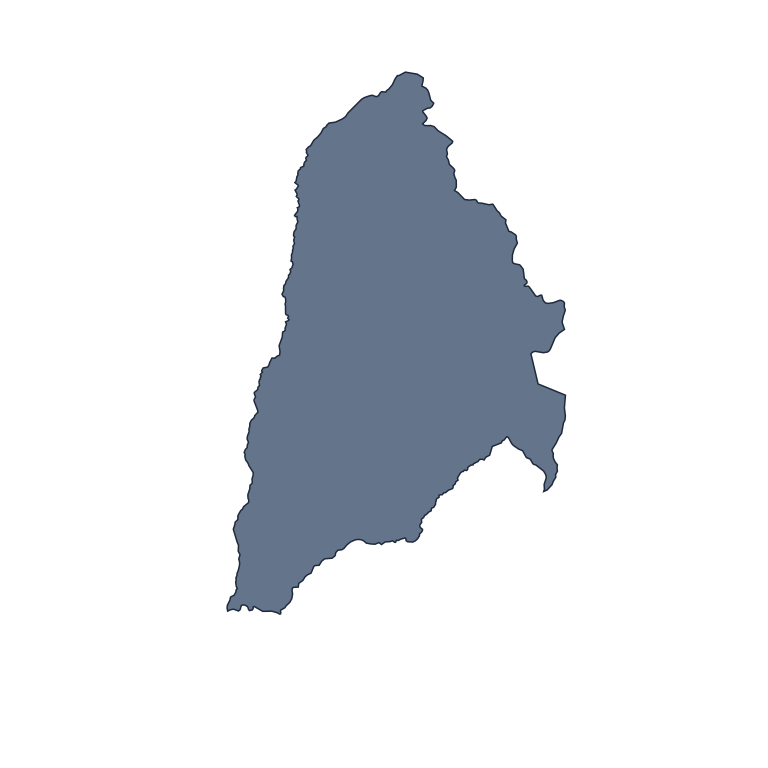 outline of Sucre, Ayacucho, Peru, rotated 214°
{"feature_id": "86281439B85523088523316", "entity_name": "Sucre", "entity_type": "district", "adm_level": 2, "iso_a3": "PER", "parent_name": "Peru", "parent_adm1": "Ayacucho", "projection": "albers", "projection_center": [-73.73, -14.09], "detail": "fine", "context": "isolated", "style": "filled", "palette": "slate", "viewbox_px": 768, "rotation_deg": 214, "n_neighbors": 0, "source": "geoboundaries", "source_scale": "gbopen_adm2", "svg_char_len": 6159}
<svg xmlns="http://www.w3.org/2000/svg" viewBox="0 0 768 768"><g transform="rotate(214 384 384)"><path d="M386.6,108.3L385.0,111.0L383.0,113.1L377.6,114.5L377.1,116.5L378.4,120.3L378.2,121.0L376.9,122.3L375.4,123.0L372.9,123.1L371.7,122.6L370.2,121.3L368.8,120.9L366.8,123.1L366.9,124.6L367.8,126.2L367.1,127.0L357.4,127.7L350.0,132.9L344.4,134.7L342.1,134.8L341.2,135.5L341.8,137.0L342.8,137.7L343.2,138.6L341.1,143.0L341.1,145.5L340.0,150.3L340.4,154.4L342.4,158.9L344.7,161.3L345.8,163.4L345.1,165.0L341.5,167.7L343.2,171.1L341.4,175.7L341.6,179.8L340.9,182.7L338.7,186.5L340.2,193.7L339.6,194.9L336.4,197.5L336.6,202.2L335.4,205.9L329.6,210.6L328.6,213.8L328.6,214.8L329.7,217.0L329.3,220.4L326.5,222.8L325.3,225.0L324.8,229.8L323.5,234.2L321.0,238.3L318.8,240.5L315.7,242.2L312.7,242.6L309.7,242.2L305.3,244.1L301.8,246.2L299.5,249.7L296.3,249.5L294.8,253.5L293.9,254.4L290.9,256.6L289.2,258.8L286.7,258.7L285.9,259.2L286.3,261.4L284.5,262.4L283.6,264.4L280.5,268.1L279.7,268.1L277.9,266.4L276.3,266.4L271.8,269.0L270.3,271.5L269.6,274.5L269.7,277.9L270.7,279.7L270.0,282.2L270.2,284.2L270.9,285.1L273.6,285.3L275.0,286.3L275.5,287.6L275.3,290.2L277.4,292.9L276.5,295.4L276.8,297.7L275.9,299.6L275.2,303.1L274.0,305.2L275.1,307.5L273.8,309.7L274.0,313.2L275.2,314.9L275.2,315.9L276.1,317.4L276.0,318.6L275.0,320.9L276.2,322.3L275.6,323.4L273.8,324.8L273.6,327.2L272.2,328.4L271.2,332.0L268.8,335.4L268.7,336.3L269.8,338.6L269.1,340.9L269.8,343.3L268.8,345.6L270.6,347.3L270.9,353.0L270.4,354.8L269.3,355.9L269.3,357.5L267.4,358.3L267.0,358.9L267.0,360.2L267.8,361.4L267.8,362.4L266.5,365.4L264.9,366.8L265.2,367.9L262.7,372.4L262.6,374.8L260.6,376.5L258.5,377.0L258.7,380.1L256.6,384.1L259.3,392.8L253.8,400.8L254.2,402.9L253.0,405.0L252.9,408.2L252.2,409.3L249.9,408.7L245.1,406.1L242.4,405.4L236.2,405.3L231.8,406.2L224.8,402.6L220.8,403.5L216.1,401.2L214.8,401.1L213.0,401.8L203.0,401.1L199.6,399.5L197.6,397.8L196.8,396.3L195.1,390.3L192.2,386.5L191.5,384.2L189.5,387.3L188.4,394.3L189.2,397.8L189.4,402.7L191.1,404.9L191.5,408.8L193.6,411.1L195.1,414.0L198.6,415.1L201.9,417.1L203.7,419.1L204.7,421.0L207.5,422.7L208.0,424.0L208.2,431.1L209.3,438.0L209.2,442.5L213.4,452.0L213.8,455.3L215.8,459.0L221.1,465.1L227.3,476.2L256.3,470.2L279.1,491.2L278.6,493.6L277.0,495.6L269.3,499.1L266.3,502.0L265.6,504.1L265.7,506.4L268.0,518.0L267.3,524.0L264.9,530.2L270.3,534.3L271.4,535.8L273.4,540.9L274.8,546.1L275.3,546.9L277.7,548.7L279.7,552.1L281.6,552.7L284.2,552.3L285.1,551.7L289.2,546.0L292.6,542.9L294.9,541.6L296.5,541.7L298.9,542.4L302.9,545.8L304.2,544.9L305.5,542.4L307.5,541.8L317.6,545.6L319.1,545.8L321.3,544.1L322.6,543.8L322.9,544.5L322.0,547.4L322.6,548.8L324.2,549.6L326.6,549.9L332.8,557.0L337.4,558.6L338.7,558.5L342.7,556.8L345.0,556.5L346.6,558.0L349.7,562.8L351.6,568.7L352.2,575.4L355.4,578.1L357.0,580.6L358.4,581.2L363.6,581.2L365.8,580.4L373.3,585.4L374.7,588.3L380.7,588.7L384.4,590.6L387.0,590.8L393.8,593.8L394.6,593.8L397.2,591.3L404.1,588.6L406.9,586.9L408.0,586.9L410.1,588.0L411.8,587.8L416.1,584.2L420.4,582.0L429.7,584.0L433.7,583.8L434.1,587.5L434.9,588.8L438.1,593.4L440.4,594.6L443.7,597.4L444.8,600.7L446.4,601.6L452.7,602.7L455.8,605.6L459.5,607.6L460.0,610.1L463.4,613.6L463.7,616.9L462.2,622.3L462.9,623.7L471.3,624.5L480.9,624.2L486.2,625.4L489.6,624.5L494.4,621.2L495.4,621.0L497.5,621.4L496.5,625.8L496.9,628.5L498.6,629.6L504.2,631.4L504.6,632.4L502.2,636.9L500.1,638.7L499.4,641.1L499.7,644.3L500.2,644.8L502.1,644.9L504.2,645.6L509.3,650.2L512.1,652.0L514.5,652.7L519.3,652.2L521.1,657.1L522.6,659.7L529.7,659.5L540.7,654.5L544.0,648.2L545.4,647.1L545.4,643.1L544.4,636.7L544.9,631.5L545.9,628.4L545.7,627.1L549.4,625.0L549.9,623.7L549.8,619.8L551.1,617.8L555.0,616.9L556.8,615.3L560.4,610.5L561.8,607.5L565.4,588.9L565.4,584.2L566.6,580.7L570.7,573.9L575.5,569.6L576.1,566.7L575.9,564.9L577.2,561.8L576.6,556.8L577.1,552.1L578.5,546.8L578.1,540.5L579.2,538.2L579.6,534.8L578.6,534.1L577.7,532.4L575.0,531.2L574.8,530.0L575.3,528.8L575.2,527.5L573.4,526.1L573.9,523.5L573.4,521.6L572.3,519.7L574.2,516.8L573.6,515.4L574.3,512.8L573.3,510.5L572.2,509.1L572.2,507.3L570.3,503.0L570.5,501.1L567.0,500.9L565.8,500.3L565.6,496.4L566.2,495.0L562.4,493.0L561.8,492.1L561.6,490.4L558.1,489.8L557.5,489.0L557.7,487.6L553.6,484.5L553.6,482.8L554.5,481.7L553.4,481.0L552.2,479.1L552.5,473.8L551.2,473.2L549.8,474.1L547.5,471.3L546.1,470.5L545.6,466.4L543.6,463.4L543.7,460.0L542.4,457.0L541.7,456.2L540.3,456.0L539.3,452.7L536.7,450.3L536.5,447.2L535.1,445.8L534.7,443.8L533.5,442.2L532.9,439.2L531.0,436.7L530.0,434.2L529.6,433.8L528.5,434.2L526.4,432.5L525.3,428.6L526.0,426.4L524.2,425.0L523.6,422.5L524.0,420.9L522.6,418.5L522.7,414.5L521.6,411.5L522.1,409.8L520.6,406.8L519.4,405.5L518.8,401.4L516.4,400.2L514.5,400.7L512.8,399.1L511.3,396.9L510.7,394.9L509.5,393.9L504.8,387.1L503.5,386.7L502.4,387.2L500.9,386.6L500.7,384.7L498.7,384.2L498.7,383.1L500.4,380.5L498.2,378.9L497.2,374.8L496.0,373.5L496.2,372.0L497.1,370.4L494.6,366.0L492.4,357.1L488.4,352.8L486.7,349.6L488.2,347.2L489.0,344.4L491.4,342.8L490.8,337.9L490.0,335.3L489.9,333.0L493.1,329.8L493.0,327.0L492.6,326.3L491.4,325.9L491.9,322.6L490.3,321.9L490.3,320.4L489.3,319.2L489.6,318.1L488.9,315.9L486.4,313.2L486.7,310.9L485.6,308.7L486.7,304.9L486.6,303.9L483.2,301.3L483.1,298.7L482.3,297.3L474.4,291.8L472.8,290.1L473.5,285.5L472.8,283.5L473.7,279.9L473.3,276.5L471.6,273.7L470.7,270.9L469.3,269.4L468.0,264.3L466.9,262.0L463.8,259.9L463.1,256.7L461.9,254.8L462.3,252.2L461.6,249.0L459.7,248.0L459.1,246.4L456.2,243.7L452.5,242.3L450.2,240.7L443.0,237.5L441.4,235.0L440.3,231.4L438.1,228.7L437.9,227.5L438.5,225.2L436.6,221.9L435.0,216.2L433.0,213.4L431.0,211.9L430.2,210.4L430.1,209.5L431.8,203.8L431.4,201.2L432.0,198.8L431.7,194.6L431.4,192.9L429.4,190.0L430.1,186.1L429.1,184.2L427.7,179.3L417.3,170.8L414.5,169.0L411.3,163.8L407.9,162.0L406.6,157.8L403.9,155.3L402.4,152.9L400.5,147.7L399.9,144.7L398.8,143.0L398.4,140.5L397.0,138.9L396.1,136.7L393.2,133.5L391.1,132.3L391.5,130.8L390.4,128.5L390.2,124.9L391.8,122.3L392.0,121.2L390.9,118.7L390.1,112.9L388.8,110.5L386.6,108.3Z" fill="#64748b" stroke="#1e293b" stroke-width="1.5"/></g></svg>